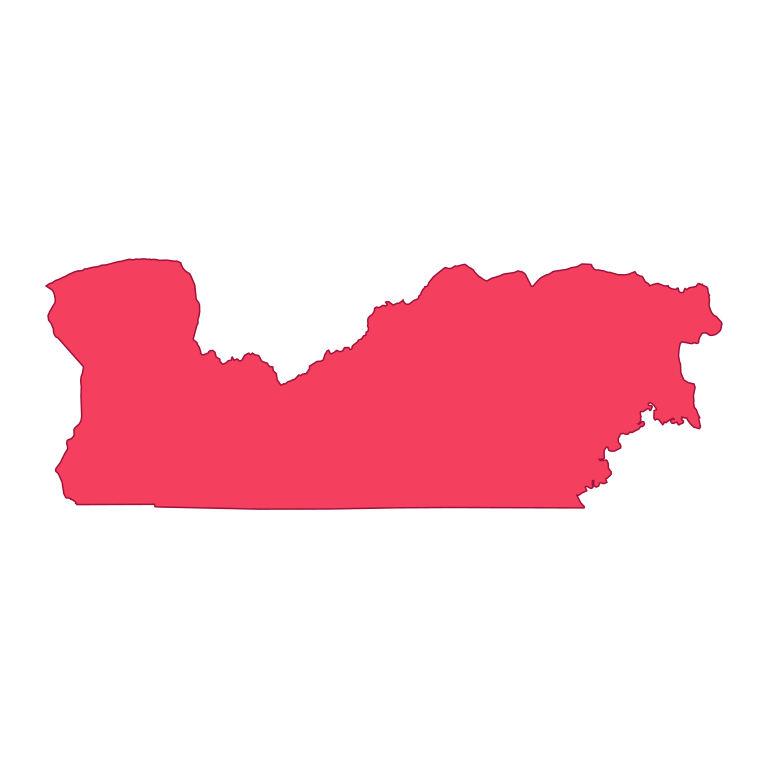 Kolda, Kolda, Senegal (Mercator projection)
{"feature_id": "50182788B77977720497228", "entity_name": "Kolda", "entity_type": "district", "adm_level": 2, "iso_a3": "SEN", "parent_name": "Senegal", "parent_adm1": "Kolda", "projection": "mercator", "projection_center": [-14.609, 12.87], "detail": "fine", "context": "isolated", "style": "filled", "palette": "rose", "viewbox_px": 768, "rotation_deg": 0, "n_neighbors": 0, "source": "geoboundaries", "source_scale": "gbopen_adm2", "svg_char_len": 6060}
<svg xmlns="http://www.w3.org/2000/svg" viewBox="0 0 768 768"><path d="M77.0,504.6L154.6,504.3L155.0,506.7L160.2,507.0L258.2,509.1L327.7,509.0L395.9,507.8L450.8,507.5L584.0,507.9L584.3,506.7L580.6,502.6L576.4,494.4L577.5,495.4L578.7,495.3L581.8,493.0L586.8,490.8L585.2,487.1L585.6,486.6L586.9,486.4L591.0,488.5L591.9,488.2L593.0,487.2L592.3,484.8L592.5,480.7L593.8,480.5L593.6,484.5L594.1,485.9L596.2,487.1L598.8,485.9L599.3,483.4L600.5,482.8L603.8,483.7L606.9,482.4L605.8,479.4L606.0,478.6L607.3,478.1L610.3,475.3L611.3,473.9L611.2,471.9L608.4,468.2L608.3,463.7L607.2,460.9L606.2,460.0L600.3,460.7L599.1,459.3L602.6,459.4L604.4,457.9L604.0,452.1L604.3,450.2L606.4,447.1L607.8,447.4L608.7,450.1L609.7,450.8L612.0,451.2L614.7,451.0L620.5,448.0L620.9,446.5L620.5,445.3L619.9,443.8L618.7,442.7L618.3,441.6L618.3,438.3L619.8,436.0L620.2,434.1L623.3,433.4L626.2,434.4L628.4,433.9L629.7,432.2L632.0,432.5L639.0,428.9L640.5,426.6L642.5,426.5L643.3,425.9L644.1,424.9L644.4,423.6L643.8,421.9L642.3,421.5L638.8,424.3L637.9,423.8L639.9,422.6L640.9,419.7L640.5,418.0L641.1,416.7L640.5,415.0L640.3,412.1L640.6,411.6L643.2,411.6L647.9,408.5L648.8,408.8L649.9,410.5L650.7,410.2L652.2,407.0L651.8,405.9L649.2,405.5L648.3,404.8L648.3,403.5L650.4,402.6L654.0,405.3L656.4,408.9L656.5,409.6L654.1,410.6L653.9,418.1L654.5,419.3L655.3,420.0L656.5,419.1L658.7,419.6L662.7,424.7L663.8,423.6L664.1,422.0L666.1,422.7L669.3,420.1L673.1,418.2L674.0,419.2L672.3,419.2L670.1,420.2L671.5,422.7L672.0,423.2L673.4,423.4L676.8,422.2L678.2,424.6L679.1,424.9L680.7,423.8L682.4,423.4L683.4,422.5L683.4,420.9L681.5,419.8L682.3,417.8L681.9,417.2L682.5,417.1L684.2,417.9L687.0,418.2L687.4,419.7L690.5,424.0L693.9,427.1L699.3,428.7L700.5,426.9L698.8,419.2L698.9,418.4L699.8,417.7L697.8,414.0L696.5,409.9L694.3,407.3L693.6,403.3L693.9,400.7L693.4,395.7L695.1,387.4L694.5,385.5L694.0,384.0L688.2,382.6L683.9,380.0L680.8,372.8L680.5,363.8L679.7,362.4L678.5,355.8L679.1,348.9L680.2,343.5L681.9,341.8L691.5,343.7L694.6,342.7L696.3,343.4L697.8,343.2L698.5,342.6L699.1,338.8L699.8,337.1L701.7,333.9L703.0,332.9L706.2,332.9L709.6,335.2L712.0,335.4L715.2,334.6L718.5,332.4L720.6,330.1L721.9,323.9L721.5,322.4L717.6,318.0L716.1,316.4L713.9,315.4L711.9,313.0L710.5,310.2L709.0,305.6L709.5,299.5L708.9,296.6L709.5,295.3L708.2,293.0L707.7,288.5L706.5,286.9L703.0,285.4L702.3,284.2L700.9,284.6L699.3,283.6L698.2,283.6L696.0,286.5L689.2,287.8L686.8,289.6L685.0,288.5L683.1,292.6L680.5,292.5L679.1,291.9L678.2,288.3L677.2,288.1L676.4,289.4L671.9,288.9L668.9,287.3L668.1,285.7L665.4,286.1L663.9,285.8L658.0,283.4L653.6,284.3L649.6,285.8L648.8,284.0L645.2,281.7L642.4,276.5L640.2,276.1L636.7,274.4L634.9,271.7L628.6,274.2L625.0,274.9L617.6,274.6L609.8,272.3L607.9,272.4L604.0,271.0L598.0,269.9L596.2,270.1L594.2,269.2L592.1,266.6L591.7,265.1L590.8,264.4L582.0,264.0L576.9,266.8L571.7,267.6L566.2,269.5L553.4,271.4L549.2,274.1L545.9,275.1L541.2,277.5L537.6,280.9L533.2,286.0L531.4,286.3L525.5,274.6L524.3,273.3L521.7,271.6L520.3,271.6L518.2,270.9L514.1,272.6L504.0,274.0L499.3,276.0L490.9,278.6L486.8,281.0L483.9,279.8L478.1,275.7L474.5,271.9L473.7,270.3L470.8,268.1L469.9,268.1L465.2,264.4L463.1,264.6L457.0,266.3L454.8,266.0L451.8,268.3L448.6,268.5L445.2,267.6L443.9,268.4L433.4,276.9L428.8,282.7L427.9,285.5L426.7,286.4L424.8,286.8L424.5,287.8L422.9,289.6L421.0,293.1L420.6,294.6L418.9,296.0L418.5,297.8L417.7,299.0L414.0,300.4L409.5,303.9L407.3,304.4L405.5,303.8L403.2,301.2L403.1,300.1L399.3,303.2L397.0,303.3L393.2,305.1L388.9,301.8L386.7,301.6L385.6,302.2L387.1,304.4L386.8,305.4L385.6,305.8L382.7,305.4L379.0,307.7L376.9,307.1L375.3,307.7L374.6,308.5L374.3,311.2L372.1,314.8L370.2,315.8L368.2,318.0L367.7,320.4L368.0,323.3L367.6,326.2L368.5,327.9L368.2,330.2L367.9,331.2L366.1,332.3L365.8,335.3L363.6,335.8L361.7,338.8L358.5,340.1L356.8,342.6L354.0,344.5L352.2,346.3L351.9,348.6L350.1,349.6L349.0,348.6L348.9,347.5L344.5,347.6L342.8,350.7L341.7,351.4L339.3,351.5L336.7,350.4L333.6,352.8L331.5,353.7L330.4,353.5L328.6,350.2L327.0,351.1L324.9,354.7L323.3,359.9L320.8,361.2L317.1,361.4L309.4,366.3L309.6,368.7L308.3,370.2L307.6,372.1L306.9,372.3L306.7,373.5L303.0,374.0L300.4,375.6L298.8,375.0L294.7,379.4L292.9,379.6L291.1,380.8L288.1,381.6L285.5,383.8L283.3,383.9L282.1,384.8L280.8,385.1L277.1,379.6L276.3,373.5L273.2,370.7L272.8,366.9L269.8,366.6L268.3,365.2L267.3,363.2L262.4,361.6L261.3,360.5L259.3,356.4L258.1,355.4L255.1,354.9L252.4,353.1L250.8,354.7L250.0,354.5L249.0,353.2L247.9,353.5L244.8,355.2L241.7,360.4L239.6,361.0L238.8,360.6L238.1,359.5L236.9,359.0L234.3,360.3L232.2,357.2L231.6,357.9L231.6,359.7L230.7,360.3L228.3,360.7L225.7,363.1L222.6,364.3L220.7,362.1L220.0,361.9L219.8,359.1L216.1,356.9L215.0,352.3L212.8,350.4L210.1,350.7L208.8,351.7L208.3,352.9L203.0,355.0L202.2,354.8L200.5,353.2L200.8,352.0L199.1,347.0L197.4,344.4L196.9,342.4L193.6,340.1L193.3,338.7L196.9,325.3L198.0,323.3L197.9,319.4L199.0,316.1L199.7,311.5L199.5,304.9L198.6,302.5L196.2,299.4L194.8,285.2L191.1,276.4L189.6,273.7L185.5,271.1L183.0,268.3L181.1,264.4L180.8,262.8L176.9,261.1L174.4,261.2L166.6,260.1L159.6,260.4L155.4,259.4L152.0,259.4L151.2,259.8L149.7,259.1L148.5,259.4L143.9,258.9L137.9,259.3L136.2,259.0L133.0,259.9L129.3,259.2L120.4,261.5L118.8,261.5L106.1,264.9L101.2,265.3L98.5,266.5L92.8,267.3L86.0,269.0L84.6,268.9L82.9,270.3L79.6,271.1L78.7,270.7L74.7,271.8L68.0,274.8L64.9,276.7L62.3,277.5L61.1,278.5L55.4,280.6L51.8,283.1L50.0,283.3L46.1,286.0L52.3,290.1L53.6,292.2L54.5,295.0L55.3,299.4L55.0,302.6L49.8,311.4L48.0,315.6L48.6,320.2L50.9,323.0L53.4,328.9L53.5,332.1L54.4,334.7L55.7,336.8L58.1,338.0L83.2,366.4L83.4,367.3L82.6,372.5L81.1,376.9L80.7,381.3L81.3,386.8L81.0,395.8L81.7,416.6L80.9,421.0L79.3,423.9L74.9,427.9L73.9,429.6L74.2,434.8L73.4,436.5L71.3,438.7L67.9,439.9L67.1,440.7L66.7,443.6L67.6,446.9L67.5,449.3L64.9,453.3L60.4,462.5L56.0,468.5L55.6,470.2L55.9,471.4L57.9,473.1L59.1,475.2L62.1,482.2L63.8,493.5L65.5,497.0L66.5,498.0L68.4,497.9L70.6,498.7L70.7,499.3L73.2,500.0L73.3,500.6L74.2,500.8L75.9,502.5L76.3,503.1L75.8,503.4L77.0,504.6Z" fill="#f43f5e" stroke="#9f1239" stroke-width="1.5"/></svg>